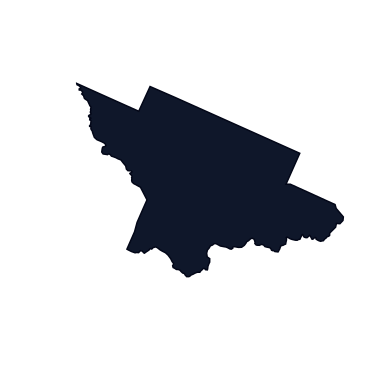 Broadwater, Montana, United States of America, rotated 114°
{"feature_id": "52423323B25575586370541", "entity_name": "Broadwater", "entity_type": "district", "adm_level": 2, "iso_a3": "USA", "parent_name": "United States of America", "parent_adm1": "Montana", "projection": "orthographic", "projection_center": [-111.372, 46.308], "detail": "fine", "context": "isolated", "style": "filled", "palette": "ink", "viewbox_px": 384, "rotation_deg": 114, "n_neighbors": 0, "source": "geoboundaries", "source_scale": "gbopen_adm2", "svg_char_len": 3638}
<svg xmlns="http://www.w3.org/2000/svg" viewBox="0 0 384 384"><g transform="rotate(114 192 192)"><path d="M112.8,109.3L112.5,245.9L112.7,273.2L139.9,273.5L139.8,314.3L139.7,341.5L139.9,341.4L140.8,340.6L140.8,339.1L141.0,338.1L141.6,336.7L142.1,335.9L143.0,336.3L143.3,336.6L143.8,337.0L144.7,336.5L144.5,335.8L144.1,335.2L144.8,333.0L145.5,332.4L146.7,332.5L147.3,332.6L147.4,332.1L147.8,331.3L147.9,330.4L149.1,329.4L150.3,328.3L150.7,326.3L151.0,324.5L152.2,323.2L153.3,321.9L154.6,320.5L155.6,318.7L157.7,318.3L158.9,317.5L160.4,317.4L160.9,316.6L161.8,316.0L162.3,316.4L163.3,316.7L163.9,317.3L164.7,317.4L165.3,316.7L165.4,315.5L165.4,314.8L165.9,314.4L166.4,314.6L166.5,315.2L167.7,314.8L167.7,313.9L168.2,312.9L169.0,312.9L170.6,312.3L171.5,312.3L171.9,311.9L172.7,312.2L173.1,312.5L173.7,312.2L173.5,311.7L173.5,310.6L174.9,310.3L175.9,309.6L176.7,308.1L178.4,306.7L180.1,305.1L181.9,303.3L182.9,300.0L182.8,296.8L182.8,294.6L183.0,292.0L183.4,290.8L184.7,289.5L185.8,290.0L187.1,291.7L188.2,291.8L190.2,291.3L192.2,290.7L193.4,288.7L192.2,284.3L190.9,283.6L191.1,281.8L192.0,280.2L191.8,278.5L191.6,275.4L191.8,273.0L191.6,270.0L193.4,266.7L195.1,263.2L197.8,261.2L198.6,259.2L197.5,256.4L197.9,255.3L198.0,255.0L198.5,255.1L198.9,255.4L199.3,255.6L199.8,256.1L200.3,256.3L200.5,255.9L200.9,255.5L201.0,254.8L201.8,253.3L202.4,253.0L202.9,253.1L203.2,253.1L203.5,252.7L204.1,252.5L204.8,252.2L205.5,252.0L206.2,251.7L206.6,251.3L207.2,250.9L208.0,248.8L208.6,241.0L217.5,229.9L226.5,229.9L242.1,229.8L251.7,228.3L270.7,228.2L270.8,227.3L271.0,223.1L270.7,219.3L269.8,218.0L269.1,216.1L266.6,215.3L266.2,213.4L267.2,211.4L267.2,210.5L266.4,210.1L264.9,209.2L262.9,207.9L262.0,207.5L261.2,207.5L260.6,206.9L260.7,206.3L260.5,205.6L259.7,205.2L258.8,205.1L257.9,204.0L257.1,203.3L256.9,201.8L257.1,200.5L257.8,197.8L258.1,195.3L258.3,191.5L259.4,188.2L261.6,184.3L263.7,181.8L264.6,179.9L266.2,179.5L267.2,179.7L268.7,178.5L268.7,177.0L269.1,174.8L268.4,172.9L268.3,171.3L269.2,169.4L269.8,167.5L269.6,165.7L270.6,164.5L271.5,162.4L270.6,160.4L269.7,159.7L268.1,159.0L266.7,157.6L265.2,156.5L264.1,155.5L263.1,154.4L262.7,153.5L262.1,152.2L260.2,151.8L259.3,151.3L257.2,150.6L256.8,149.1L257.5,148.1L256.9,146.3L256.0,146.4L253.5,147.2L250.6,147.4L248.9,147.3L245.7,148.7L245.1,151.7L242.0,153.7L238.7,154.3L236.5,153.6L233.7,153.3L232.0,151.6L230.4,151.0L229.4,149.1L229.6,146.1L229.8,144.2L229.1,141.1L228.4,138.4L228.4,136.6L228.6,134.2L228.2,132.8L226.8,131.9L226.1,132.4L225.2,131.8L224.6,130.7L224.2,129.1L223.7,127.0L222.3,124.2L219.4,122.5L216.7,121.9L215.1,121.8L213.6,120.6L210.6,119.3L209.7,118.0L209.9,116.0L212.4,113.8L213.4,113.7L214.2,112.3L214.2,111.1L213.3,108.8L211.5,107.1L211.3,105.0L212.2,103.2L211.9,101.2L211.2,98.2L211.9,96.6L212.8,95.7L212.8,94.5L212.3,93.7L212.7,92.0L212.2,90.7L212.1,90.1L211.7,89.0L210.6,88.9L209.2,88.8L208.5,88.7L206.7,88.9L204.8,88.8L203.7,87.2L202.4,86.2L201.5,85.3L199.4,85.8L197.7,86.1L195.9,86.8L195.4,87.4L194.5,86.9L194.5,85.8L194.8,83.2L194.6,81.2L194.0,78.1L193.3,76.3L192.1,75.4L191.3,74.2L189.5,74.2L187.6,74.1L186.7,74.2L185.9,73.7L186.1,73.1L187.1,72.1L187.6,71.2L187.5,69.8L186.9,68.3L185.6,67.7L184.3,67.1L183.7,67.0L183.9,66.2L184.5,65.6L185.5,64.1L186.2,63.6L186.1,62.6L185.5,62.1L184.2,61.6L183.6,61.3L183.3,60.5L184.0,59.9L184.4,59.6L184.7,59.2L184.6,58.6L184.8,58.2L184.9,56.1L184.7,54.4L184.0,53.6L183.0,52.1L181.2,51.8L180.1,51.1L179.2,50.7L178.3,50.6L176.7,49.1L175.8,48.6L173.5,49.5L165.7,46.5L162.0,47.3L160.8,44.0L156.6,42.5L153.2,43.6L148.4,53.6L145.3,56.2L144.9,105.3L146.7,109.3L112.8,109.3Z" fill="#0f172a" stroke="#020617" stroke-width="1.5"/></g></svg>